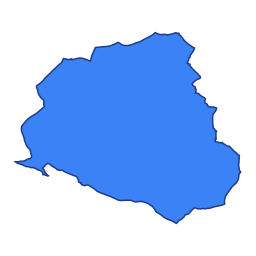 the district of Silivasu De Campie, Bistrita-Nasaud, Romania
{"feature_id": "2599482B45748047003023", "entity_name": "Silivasu De Campie", "entity_type": "district", "adm_level": 2, "iso_a3": "ROU", "parent_name": "Romania", "parent_adm1": "Bistrita-Nasaud", "projection": "natural_earth1", "projection_center": [24.285, 46.784], "detail": "fine", "context": "isolated", "style": "filled", "palette": "blue", "viewbox_px": 256, "rotation_deg": 0, "n_neighbors": 0, "source": "geoboundaries", "source_scale": "gbopen_adm2", "svg_char_len": 5754}
<svg xmlns="http://www.w3.org/2000/svg" viewBox="0 0 256 256"><path d="M211.0,207.9L212.5,207.3L213.8,206.9L218.6,205.9L220.9,205.4L222.3,205.0L223.3,204.6L224.2,204.2L224.8,203.7L224.5,202.2L224.4,201.4L224.5,200.5L224.6,199.5L224.9,198.5L225.6,196.1L226.3,194.9L227.4,193.3L232.3,186.5L234.5,184.5L236.1,183.0L237.2,181.4L237.9,180.2L238.3,179.1L238.8,176.4L239.0,174.4L239.4,173.1L240.5,172.6L240.6,171.7L239.6,170.6L239.4,170.3L239.1,168.0L239.0,167.2L238.8,166.6L238.6,165.3L238.4,165.0L238.5,164.7L238.9,163.5L239.0,160.7L239.2,158.3L239.2,157.7L239.2,156.7L239.2,155.6L239.3,155.4L238.4,155.0L237.9,154.6L237.4,154.0L237.0,153.7L236.0,152.7L235.0,151.8L234.5,151.6L233.8,151.0L232.7,149.7L232.1,149.0L230.8,147.8L229.8,146.7L229.4,146.2L228.5,146.2L227.5,146.1L226.6,145.7L225.6,145.0L224.4,144.2L222.8,143.1L222.2,142.5L221.8,142.8L220.3,142.7L215.4,141.7L215.2,138.8L216.2,138.9L215.9,136.5L216.0,134.5L215.8,132.4L216.0,132.1L216.4,131.8L216.5,131.6L216.5,131.3L216.4,130.9L215.3,130.8L215.0,130.7L215.0,130.1L214.9,129.6L214.7,129.2L213.9,128.4L213.4,128.2L212.7,123.0L212.6,118.9L212.8,115.1L213.1,114.4L215.3,111.3L216.0,110.2L216.6,108.0L214.9,107.5L213.4,106.9L212.7,107.0L211.3,107.0L208.4,106.8L207.3,104.6L206.7,103.8L205.9,103.5L204.9,103.0L204.9,102.1L204.8,101.0L205.2,99.9L205.4,98.9L204.3,97.8L203.3,97.1L201.7,96.3L200.2,95.1L198.7,93.7L197.6,93.3L196.4,93.1L195.5,93.1L196.0,92.1L195.9,91.5L195.7,91.1L195.7,90.6L195.9,90.4L196.1,90.1L196.2,89.8L196.0,89.2L195.6,88.7L195.4,88.4L195.4,88.2L195.3,87.7L194.9,86.6L193.9,86.1L192.9,85.5L192.4,84.8L192.0,84.1L193.6,82.2L195.0,81.0L196.7,79.8L199.2,78.7L199.7,78.5L199.9,78.2L200.4,77.7L200.4,76.9L199.9,76.1L199.4,75.7L199.1,75.4L198.8,75.0L197.3,73.4L195.6,71.9L193.4,69.6L191.6,67.7L190.6,66.5L190.3,66.1L189.9,65.4L189.7,65.2L189.3,65.0L189.6,64.8L189.8,64.6L190.0,64.3L187.2,63.0L187.4,62.5L187.8,61.5L188.1,61.0L188.5,60.0L188.8,59.0L188.8,58.3L189.7,57.6L190.1,57.0L190.1,56.7L190.0,56.1L190.2,55.5L191.6,53.6L192.9,51.6L193.9,49.7L194.6,48.1L193.1,47.4L187.9,43.8L186.4,42.5L185.6,41.8L184.6,40.8L181.9,37.4L181.3,36.5L180.5,35.5L179.1,34.9L179.0,34.7L178.9,33.9L179.1,33.4L178.9,33.3L178.0,33.3L175.8,32.8L175.2,32.9L173.9,33.3L172.5,33.8L167.2,35.0L167.1,34.8L165.8,34.5L163.8,34.3L162.3,34.5L162.2,34.7L161.7,34.8L160.5,34.5L159.6,34.4L157.7,33.8L157.0,33.5L156.1,33.0L155.2,32.6L153.3,34.3L151.9,35.4L143.2,39.8L141.3,41.0L138.7,42.2L136.9,42.5L136.0,42.8L134.0,43.8L130.8,44.9L128.1,45.5L125.8,45.6L124.1,45.3L123.3,45.2L122.2,44.9L121.7,44.6L121.3,44.5L120.3,43.6L119.7,43.3L119.6,43.1L118.8,42.9L117.8,42.4L114.9,44.0L112.1,45.1L110.3,45.9L107.0,46.4L95.4,47.5L92.0,55.1L90.4,61.0L87.9,60.2L85.8,59.4L82.7,58.4L81.4,58.1L79.6,58.0L76.1,58.7L72.0,59.9L71.7,58.8L68.2,59.7L65.9,58.9L64.3,58.7L63.6,58.5L62.8,60.0L62.4,60.8L61.8,62.3L60.8,63.4L60.4,63.6L59.1,64.5L44.9,78.2L43.6,80.1L41.9,81.8L41.4,82.2L39.7,83.7L37.3,85.3L36.7,86.0L36.4,86.8L36.5,87.4L36.8,88.1L37.4,89.5L37.7,90.5L38.1,92.7L38.8,94.7L40.8,97.6L41.9,98.7L43.0,99.6L43.7,100.0L43.9,100.5L43.7,103.4L43.8,104.8L44.5,106.4L37.9,112.2L36.4,113.4L29.9,117.4L27.1,119.7L23.4,124.0L22.0,125.8L21.4,128.0L21.5,131.3L22.1,132.3L23.6,136.6L23.8,136.9L24.1,137.9L24.4,140.0L24.7,141.1L25.3,142.3L25.8,143.8L26.1,144.7L26.5,145.6L27.4,146.9L28.0,147.7L29.0,148.5L29.7,149.4L30.1,150.0L30.8,153.2L31.2,154.6L31.6,156.0L31.5,157.3L30.2,158.5L29.4,158.8L27.4,159.3L26.4,159.6L26.0,160.1L24.0,161.0L22.7,161.2L21.1,161.2L20.5,161.2L20.1,161.3L18.8,161.6L17.6,161.8L15.4,161.8L16.0,162.3L17.7,163.3L20.4,164.2L21.6,164.5L22.8,164.9L23.8,165.6L24.5,165.8L25.2,166.1L25.9,166.4L26.3,166.6L27.9,166.7L29.4,167.0L30.1,167.2L30.9,167.7L31.3,167.7L31.6,167.6L32.1,167.5L32.8,167.6L34.2,167.9L36.4,169.0L37.9,169.9L39.1,170.2L40.8,170.9L41.6,171.4L42.2,172.0L42.6,172.9L43.1,174.7L43.6,174.4L44.1,174.5L44.6,174.7L45.3,175.2L46.5,175.5L47.8,176.0L48.4,175.8L47.2,174.9L46.2,173.6L45.5,172.8L44.8,171.8L44.5,170.8L44.5,170.4L43.1,168.6L42.6,168.2L44.2,166.6L46.3,164.3L47.4,163.8L48.1,163.2L50.1,164.5L50.9,165.2L51.9,165.7L51.9,166.1L52.5,166.5L53.1,166.6L54.9,167.9L56.1,168.5L56.5,168.8L56.9,169.4L57.2,169.7L58.2,170.1L58.7,170.0L59.0,169.9L59.3,170.0L59.5,170.3L60.0,170.4L61.5,170.2L62.1,170.2L64.4,171.6L66.7,172.7L67.5,173.0L70.7,174.3L72.8,175.2L73.8,175.6L76.5,176.4L76.7,176.6L77.0,177.4L77.6,178.5L78.0,179.2L78.4,180.1L78.5,181.3L78.5,181.7L78.6,182.0L79.4,182.5L81.1,182.9L80.7,183.5L81.9,184.7L82.4,185.1L83.7,185.5L84.2,185.6L85.1,185.6L86.4,185.1L86.8,185.0L87.9,185.0L89.1,185.5L90.7,186.6L94.0,188.5L94.9,189.2L95.6,189.9L95.9,190.2L97.1,191.3L101.7,193.3L104.1,194.1L105.5,194.7L108.7,195.9L110.7,196.5L112.1,197.3L117.1,199.5L117.4,199.8L119.0,200.3L120.8,200.5L123.4,200.4L124.4,200.3L127.3,200.3L130.1,200.2L131.0,200.3L132.1,200.7L133.7,201.4L134.8,201.8L135.3,201.9L140.0,201.5L141.6,201.5L141.9,201.5L142.9,201.8L143.1,201.9L143.8,202.1L144.2,202.2L145.7,202.6L147.0,203.1L147.7,203.4L149.0,204.2L150.1,205.0L151.4,205.8L151.9,206.0L152.6,206.6L152.9,207.0L153.5,207.8L154.3,208.7L154.6,209.2L155.8,211.2L156.5,212.1L159.0,213.6L160.7,214.7L163.1,216.5L163.6,217.0L166.2,218.7L166.6,218.7L167.3,219.2L167.6,219.2L169.1,219.9L170.4,220.2L171.2,220.5L171.7,220.7L172.3,221.1L176.3,223.4L176.8,223.0L177.4,222.5L178.1,221.5L178.2,221.2L179.0,220.7L179.7,220.1L180.2,219.7L180.4,219.8L182.0,218.8L183.1,217.8L184.2,216.7L185.0,215.0L185.5,214.9L186.2,214.6L187.9,214.1L188.4,213.8L189.6,212.7L190.9,211.3L191.3,210.7L193.0,209.1L193.6,208.5L194.0,208.1L194.6,207.9L195.1,207.9L196.9,208.5L198.8,209.0L199.1,208.7L199.7,208.7L200.8,208.9L201.4,208.9L202.0,208.6L202.8,208.5L204.4,208.8L204.9,208.8L207.1,208.4L208.0,208.4L210.0,208.2L211.0,207.9Z" fill="#3b82f6" stroke="#1e3a8a" stroke-width="1.5"/></svg>